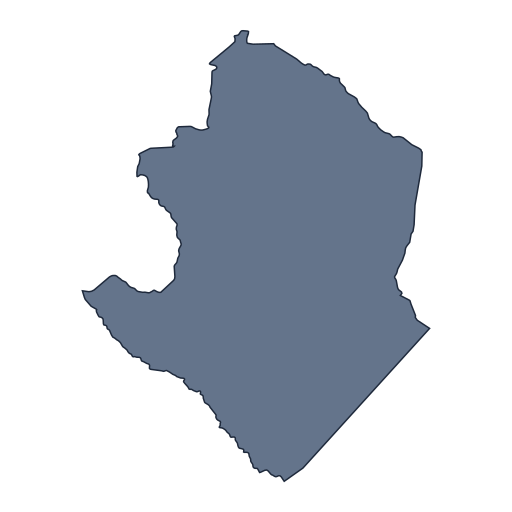 SVG path tracing the border of Masvingo
{"feature_id": "ZWE-532", "entity_name": "Masvingo", "entity_type": "Province", "adm_level": 1, "iso_a3": "ZWE", "parent_name": "Zimbabwe", "parent_adm1": "", "projection": "albers", "projection_center": [30.801, -20.777], "detail": "fine", "context": "isolated", "style": "filled", "palette": "slate", "viewbox_px": 512, "rotation_deg": 0, "n_neighbors": 0, "source": "natural_earth", "source_scale": "10m", "svg_char_len": 6017}
<svg xmlns="http://www.w3.org/2000/svg" viewBox="0 0 512 512"><path d="M275.6,476.7L274.5,476.3L272.5,475.0L271.6,474.8L270.7,474.0L268.1,470.9L266.7,470.0L264.8,470.3L260.5,472.3L259.6,472.5L257.8,469.1L257.2,468.4L254.9,468.3L254.0,467.9L253.4,467.4L253.0,466.4L252.8,464.6L252.4,463.8L250.9,461.6L250.7,460.6L250.6,458.9L249.3,456.4L248.8,453.5L248.3,452.9L247.3,452.4L246.4,452.3L244.1,452.3L243.6,452.0L243.8,450.4L243.6,449.7L243.0,449.1L241.6,448.7L239.7,448.3L239.0,447.9L238.5,447.2L238.0,445.9L237.4,443.2L237.1,442.6L235.6,440.5L235.3,439.8L235.3,438.2L235.0,437.5L234.4,437.1L233.2,437.0L231.5,437.2L230.8,437.1L230.3,436.6L229.6,434.6L229.0,433.7L227.6,432.6L226.8,431.8L226.0,430.6L225.1,429.7L223.3,428.5L222.2,428.0L221.1,427.8L219.7,427.6L219.3,427.3L219.4,426.7L220.2,425.4L220.2,424.1L220.2,423.3L220.5,422.7L220.5,422.0L220.1,421.3L217.8,420.1L216.9,419.3L216.0,417.7L215.9,416.8L216.1,415.3L215.9,414.7L210.0,407.2L209.7,406.3L209.1,405.5L208.4,404.8L205.1,402.8L204.6,402.2L203.3,398.3L203.2,396.7L203.0,395.9L202.6,395.3L200.8,394.4L200.3,393.9L200.6,392.3L200.5,391.5L200.1,391.1L199.2,390.9L197.9,391.5L197.2,391.7L196.4,391.7L193.4,390.5L191.9,389.5L191.2,389.3L189.8,389.3L189.1,389.1L188.1,387.2L187.4,386.3L184.8,383.4L183.6,381.8L183.6,381.3L183.8,380.7L184.5,379.7L184.6,379.1L184.2,378.5L183.2,378.2L180.6,378.0L176.6,376.5L175.6,375.5L172.8,374.3L169.6,372.1L166.6,370.5L165.8,370.6L163.8,371.3L163.1,371.2L161.6,370.8L151.2,369.4L150.3,369.2L149.8,368.8L149.4,368.2L149.6,365.6L149.4,364.9L149.0,364.3L148.4,363.9L147.2,363.6L146.3,363.2L143.6,361.7L141.9,361.1L141.4,360.5L140.8,358.6L140.4,357.8L139.2,357.3L136.7,357.2L135.0,356.7L134.4,356.6L133.4,356.8L132.9,356.7L132.4,356.3L131.8,355.1L131.3,354.3L130.3,353.7L129.5,353.4L128.8,352.8L128.0,351.8L127.0,350.0L124.6,347.9L123.2,347.0L122.6,346.4L120.4,342.6L118.4,340.7L116.9,339.9L114.7,338.1L112.8,337.1L111.5,335.0L109.5,330.3L108.9,329.7L107.6,329.0L107.2,328.5L106.9,326.8L106.7,326.1L106.2,325.6L105.2,325.2L104.0,325.0L103.7,324.6L103.4,323.7L103.2,319.9L102.9,318.8L102.4,318.1L101.2,317.3L100.5,317.1L99.3,316.9L98.7,316.2L98.0,315.0L96.6,312.1L96.3,310.8L96.4,310.1L96.7,309.8L96.5,309.5L96.0,309.0L91.2,306.3L85.3,299.5L84.4,297.4L82.4,290.8L88.9,291.7L91.5,291.3L94.1,290.0L109.4,277.0L111.0,276.1L112.3,275.6L113.6,275.5L115.2,275.5L116.1,275.8L117.0,276.3L117.7,277.0L120.6,279.1L121.4,279.9L122.2,280.5L125.7,282.1L126.2,282.6L128.3,285.3L129.5,286.5L131.1,287.4L134.1,288.3L134.8,288.7L136.8,290.8L138.1,291.5L142.6,292.3L145.0,292.2L148.5,292.8L149.4,292.7L150.1,292.5L150.6,292.1L152.1,291.4L153.4,290.4L153.9,290.3L154.5,290.3L157.0,291.7L158.7,292.3L159.6,292.4L160.8,292.3L173.7,280.3L174.6,278.8L174.9,276.6L174.2,266.4L174.4,265.6L174.8,264.9L176.3,263.2L176.8,262.4L177.1,261.5L177.8,258.2L179.2,255.5L179.4,253.9L178.7,251.0L178.7,250.2L179.2,248.5L180.9,245.5L181.1,244.8L181.2,243.9L180.7,242.5L180.1,240.1L177.7,237.8L177.3,237.2L176.9,235.7L176.8,234.8L177.0,232.3L177.0,231.5L176.3,229.3L176.3,228.3L176.4,227.1L177.0,225.5L177.1,224.5L176.9,223.7L171.5,217.6L171.1,216.2L170.9,214.5L170.7,213.7L170.3,213.1L169.8,212.7L166.4,210.3L165.6,209.1L164.7,207.1L164.2,206.7L163.5,206.4L161.2,205.9L160.1,205.1L159.3,204.0L158.8,202.7L158.8,200.4L158.5,199.8L158.0,199.5L157.3,199.3L154.8,199.1L153.4,198.7L152.1,198.1L150.7,196.7L148.8,193.6L148.4,193.1L147.7,192.9L147.4,192.1L147.4,190.6L148.4,187.2L148.5,184.4L148.3,181.6L147.9,179.4L147.3,177.6L146.5,176.6L144.8,175.5L142.7,174.9L140.5,174.7L138.3,176.2L137.4,176.6L137.0,176.3L136.9,172.2L137.7,166.6L139.2,163.6L140.1,158.7L139.9,156.8L139.6,155.7L138.8,154.8L139.2,154.1L140.3,153.3L150.0,148.5L150.8,148.3L171.9,147.2L173.5,146.9L174.2,146.2L172.8,146.1L172.6,145.9L172.7,145.2L173.1,143.9L172.8,143.0L172.8,142.3L173.0,141.0L173.4,140.3L176.5,138.0L177.6,136.5L177.6,135.7L176.9,134.3L176.8,133.2L176.2,132.4L175.8,131.0L175.9,130.4L177.4,127.6L178.6,126.8L189.7,126.4L191.0,126.5L192.0,126.9L195.6,128.8L199.4,129.9L201.1,130.1L202.8,130.0L206.6,129.0L208.6,128.0L208.8,127.4L208.6,126.9L207.8,126.1L207.5,125.8L207.2,123.6L207.1,121.8L207.5,119.3L209.0,114.8L209.1,114.0L209.0,110.6L209.0,109.5L211.3,98.3L211.5,96.9L211.3,95.4L210.8,93.5L210.3,91.3L211.7,83.9L212.0,72.5L212.2,71.3L213.0,70.6L214.4,70.0L216.2,69.0L216.8,67.9L216.7,66.9L215.9,66.0L215.0,65.5L210.9,64.6L210.1,64.3L209.5,63.8L209.8,63.1L210.9,62.0L229.2,46.9L234.9,41.7L235.1,38.7L234.6,37.4L234.3,36.3L234.7,35.8L237.3,35.3L238.5,34.8L239.3,33.7L240.7,31.6L241.6,30.9L243.0,30.7L247.6,31.1L248.5,31.5L248.4,33.1L248.2,34.2L247.6,34.9L247.8,35.5L247.2,36.9L246.8,38.5L246.7,40.2L246.8,41.9L247.0,42.6L247.4,43.3L253.1,44.2L273.7,43.7L275.4,45.9L296.7,59.1L301.4,63.1L303.1,64.2L304.6,65.0L305.4,65.1L306.1,64.9L307.4,64.1L308.3,64.0L309.7,64.1L310.5,64.3L311.0,64.7L312.4,66.1L313.1,66.5L313.8,66.8L316.3,67.4L317.6,68.1L322.1,71.5L324.1,74.2L324.9,74.7L325.8,74.9L327.8,74.2L328.8,74.3L330.5,75.5L333.4,77.0L334.8,77.4L337.9,77.9L338.9,78.2L339.4,78.7L339.4,80.7L339.7,81.8L340.4,83.1L344.4,87.0L344.9,87.6L345.7,90.7L346.3,91.6L347.4,92.8L348.3,93.6L354.3,96.9L355.8,98.0L356.8,98.9L358.0,102.3L358.7,103.6L361.7,107.2L365.7,111.0L367.4,113.1L368.9,118.2L369.4,119.1L370.4,120.4L371.8,121.6L375.3,123.2L376.1,123.8L376.7,124.5L377.7,126.6L378.7,127.8L380.7,129.8L383.5,131.8L385.1,132.7L389.1,133.7L390.1,134.3L392.0,136.3L392.8,136.9L393.6,137.2L396.7,136.7L399.2,136.6L401.4,137.1L403.2,137.8L411.8,144.7L418.6,148.1L420.9,149.7L421.3,151.0L422.1,152.2L421.8,166.1L415.0,205.1L414.1,224.7L413.0,231.3L411.1,234.0L409.7,242.3L407.0,245.7L405.7,247.8L405.2,250.3L404.9,253.1L402.4,260.2L397.7,269.1L397.0,272.1L396.5,273.5L394.6,276.6L394.7,277.8L395.8,279.4L396.3,280.7L397.5,287.2L397.9,288.5L398.6,289.7L401.5,292.0L401.9,293.4L400.3,295.5L409.4,300.2L410.0,300.8L411.0,304.1L415.5,315.5L415.3,317.5L417.3,320.3L429.6,328.4L302.9,468.1L284.2,481.3L281.2,476.8L280.0,475.8L278.7,475.7L276.6,476.6L275.6,476.7Z" fill="#64748b" stroke="#1e293b" stroke-width="1.5"/></svg>